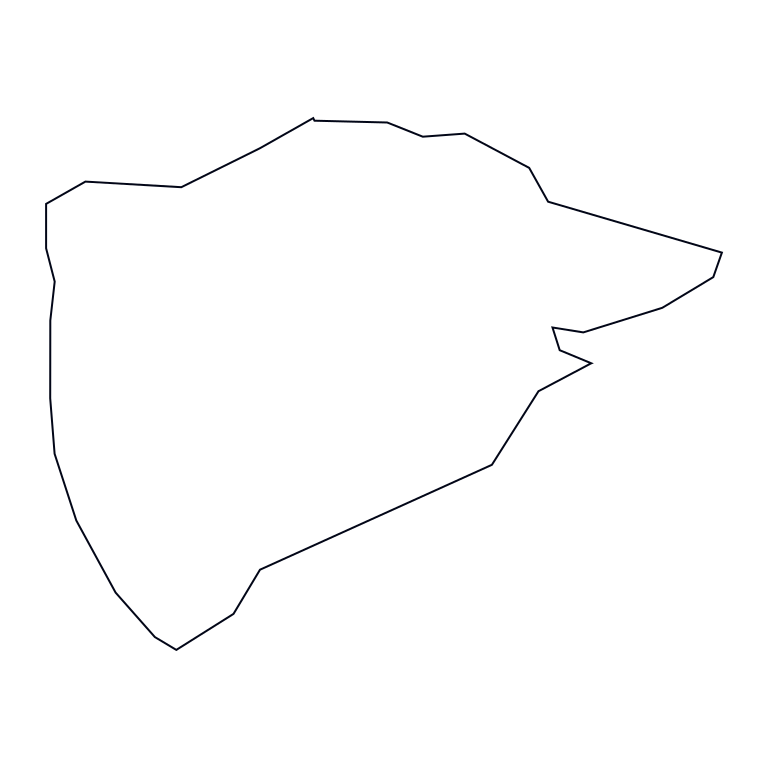 map outline of Rutland (Robinson projection)
{"feature_id": "GBR-2762", "entity_name": "Rutland", "entity_type": "Unitary Authority", "adm_level": 1, "iso_a3": "GBR", "parent_name": "United Kingdom", "parent_adm1": "", "projection": "robinson", "projection_center": [-0.637, 52.627], "detail": "fine", "context": "isolated", "style": "outline", "palette": "ink", "viewbox_px": 768, "rotation_deg": 0, "n_neighbors": 0, "source": "natural_earth", "source_scale": "10m", "svg_char_len": 515}
<svg xmlns="http://www.w3.org/2000/svg" viewBox="0 0 768 768"><path d="M313.2,118.1L314.5,120.7L387.2,122.5L422.8,136.7L464.7,133.6L529.2,167.9L548.1,201.7L721.9,252.6L713.3,277.1L662.3,307.8L583.3,332.4L552.5,327.5L559.7,350.2L591.3,363.3L590.6,363.6L538.5,391.2L491.9,464.8L260.0,569.7L233.5,613.9L176.3,649.9L154.9,637.1L115.6,592.6L76.3,520.5L54.6,453.8L50.2,398.3L50.3,320.5L54.7,281.6L46.1,248.3L46.1,203.9L85.4,181.6L181.3,187.2L259.8,148.3L313.2,118.1Z" fill="none" stroke="#020617" stroke-width="2"/></svg>